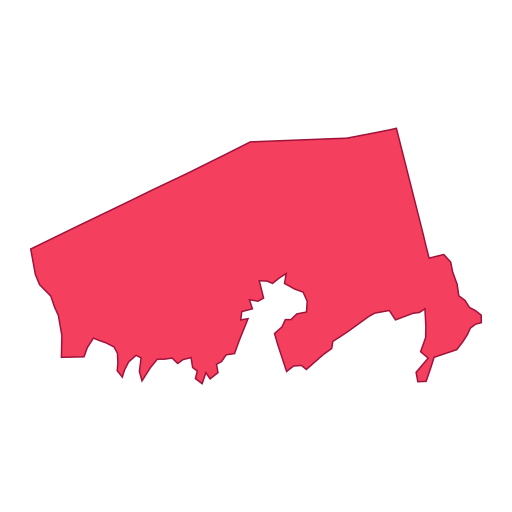 Lagoa Nova, Rio Grande do Norte, Brazil
{"feature_id": "56859067B44462605645858", "entity_name": "Lagoa Nova", "entity_type": "district", "adm_level": 2, "iso_a3": "BRA", "parent_name": "Brazil", "parent_adm1": "Rio Grande do Norte", "projection": "equal_earth", "projection_center": [-36.511, -6.092], "detail": "fine", "context": "isolated", "style": "filled", "palette": "rose", "viewbox_px": 512, "rotation_deg": 0, "n_neighbors": 0, "source": "geoboundaries", "source_scale": "gbopen_adm2", "svg_char_len": 1606}
<svg xmlns="http://www.w3.org/2000/svg" viewBox="0 0 512 512"><path d="M202.1,166.0L188.5,172.8L152.6,189.8L129.0,201.4L78.9,225.5L30.7,249.0L35.4,274.6L39.6,284.7L50.8,296.1L54.6,307.2L58.4,315.6L60.1,325.5L61.9,335.8L61.4,357.3L84.0,356.8L87.3,347.6L93.4,338.1L99.6,340.6L106.1,342.9L114.0,346.9L117.4,353.1L117.9,362.7L117.2,370.7L122.3,377.1L124.6,369.8L128.7,361.9L136.1,355.3L141.1,357.9L139.4,371.4L142.0,380.9L150.3,367.8L157.3,359.2L164.2,359.2L172.1,358.1L177.7,363.5L183.0,359.6L191.1,357.6L192.6,367.5L197.3,371.1L195.4,378.6L202.1,383.7L205.9,372.6L210.1,378.9L218.0,372.6L216.5,364.3L221.5,361.6L226.2,354.8L234.5,353.6L239.4,340.1L248.0,318.7L240.7,319.9L241.8,311.6L252.4,308.8L249.4,299.7L258.0,301.2L263.6,298.1L261.6,290.1L259.2,280.7L267.1,281.1L272.5,283.4L279.8,277.6L286.2,273.5L284.5,283.4L294.5,289.0L303.1,292.1L307.2,301.2L306.5,312.0L296.9,313.9L290.9,319.6L285.4,319.6L281.9,327.0L274.5,333.5L277.7,344.5L286.6,371.5L293.6,366.0L301.6,365.5L306.3,369.5L323.4,354.5L331.7,348.5L332.8,341.4L341.1,336.1L349.2,330.6L369.0,316.3L374.9,313.1L389.3,310.5L395.5,319.9L412.9,313.3L419.3,312.5L424.9,308.8L425.9,327.0L425.6,337.7L420.6,351.7L428.2,358.1L416.1,372.3L417.8,381.7L426.1,381.4L430.6,368.3L434.1,357.3L456.7,349.7L462.9,341.7L467.4,334.6L470.3,328.2L475.5,324.2L481.3,322.7L481.2,315.1L475.3,310.5L469.5,307.5L465.0,300.4L458.8,295.8L457.1,284.2L452.6,271.8L450.7,262.1L443.8,254.5L429.1,258.1L426.1,246.5L423.2,234.3L396.4,128.3L389.0,130.0L346.6,138.2L334.5,138.6L301.4,139.9L250.3,141.9L222.7,155.8L202.1,166.0Z" fill="#f43f5e" stroke="#9f1239" stroke-width="1.5"/></svg>